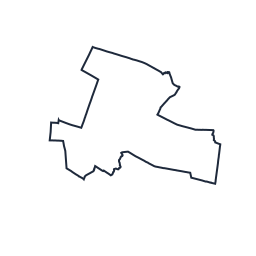 outline of Singureni, Giurgiu, Romania, rotated 244°
{"feature_id": "2599482B21174600796262", "entity_name": "Singureni", "entity_type": "district", "adm_level": 2, "iso_a3": "ROU", "parent_name": "Romania", "parent_adm1": "Giurgiu", "projection": "equal_earth", "projection_center": [25.934, 44.23], "detail": "fine", "context": "isolated", "style": "outline", "palette": "slate", "viewbox_px": 256, "rotation_deg": 244, "n_neighbors": 0, "source": "geoboundaries", "source_scale": "gbopen_adm2", "svg_char_len": 5399}
<svg xmlns="http://www.w3.org/2000/svg" viewBox="0 0 256 256"><g transform="rotate(244 128 128)"><path d="M88.4,203.8L88.7,203.7L91.9,197.7L92.8,195.9L93.8,194.1L93.8,193.8L94.6,192.3L95.0,191.5L95.2,191.1L95.8,190.0L96.3,189.0L96.8,188.0L96.9,187.8L97.1,187.6L99.7,184.8L100.5,183.9L101.3,182.9L101.7,182.5L103.9,179.9L104.2,179.6L104.5,179.2L106.3,177.1L106.8,176.6L108.3,174.9L109.2,173.9L109.4,173.7L109.5,173.6L112.3,171.4L112.6,171.2L117.5,167.5L117.9,167.1L120.9,164.9L123.7,162.8L124.9,161.9L125.7,161.3L126.2,160.9L127.1,160.3L127.5,160.9L128.1,161.7L128.2,161.9L128.5,162.4L128.8,162.6L129.1,163.0L130.5,164.6L131.0,165.3L131.4,165.7L132.2,166.3L132.6,167.6L132.9,168.2L133.8,170.4L134.3,171.5L134.5,172.2L134.9,173.2L135.2,173.8L135.5,174.8L136.4,176.7L136.7,177.6L137.3,179.1L137.3,179.5L137.3,180.3L137.3,181.6L137.3,183.5L137.4,184.6L137.6,185.1L138.3,186.0L138.6,186.8L138.8,187.2L139.4,187.7L139.7,188.3L140.5,189.6L140.7,190.1L141.0,190.7L141.3,191.3L141.6,191.6L142.0,192.0L142.3,192.3L142.6,192.2L143.1,191.8L143.1,191.1L143.3,190.9L144.4,190.1L144.9,189.8L145.3,189.4L145.7,189.1L146.4,188.6L146.7,188.4L147.5,188.2L148.0,188.0L148.5,187.8L150.3,188.1L153.1,188.6L154.6,188.9L156.5,189.0L159.6,189.3L159.8,189.5L160.0,189.5L160.2,189.4L160.4,189.2L160.5,188.8L160.9,188.2L160.7,187.9L160.4,187.9L160.1,187.8L159.9,187.6L160.0,187.4L160.3,187.1L161.4,186.5L161.5,186.3L161.6,186.1L161.5,185.8L161.1,185.5L161.0,185.3L161.2,185.1L161.5,184.9L161.6,184.7L161.6,184.4L161.5,184.2L161.3,183.9L160.9,183.2L160.9,182.9L163.9,182.1L164.7,181.5L166.1,180.6L168.2,179.1L175.5,174.0L176.8,173.1L177.0,173.0L179.1,171.3L181.2,169.4L182.6,167.9L185.0,165.4L185.5,164.8L186.9,163.2L187.2,162.7L187.7,162.2L187.9,162.0L188.1,161.9L188.4,161.5L190.1,159.9L191.4,158.5L192.1,157.8L195.4,154.1L199.2,150.1L200.4,148.8L201.4,147.7L202.1,147.1L203.9,145.0L204.5,144.3L206.2,142.4L207.5,141.1L211.6,136.9L212.4,135.8L212.7,135.5L214.2,133.8L215.9,132.1L216.0,132.0L216.1,131.9L216.3,131.8L216.1,131.4L215.4,130.7L212.7,127.3L210.9,125.1L204.1,116.2L200.8,111.9L200.5,111.7L197.5,113.8L191.4,118.0L191.1,118.2L187.5,120.6L184.6,122.5L180.5,118.4L177.0,114.8L173.2,110.9L172.7,110.4L172.4,110.0L170.8,108.5L168.3,106.0L166.4,104.0L161.4,99.0L158.9,96.6L158.3,95.9L157.5,95.1L156.5,94.2L156.2,93.8L155.4,93.0L154.4,92.1L153.3,91.0L150.8,88.3L149.7,87.2L148.7,86.1L151.1,83.5L154.2,80.0L154.7,79.4L157.0,77.0L159.0,75.1L159.4,74.7L165.3,69.2L165.5,69.2L162.9,67.4L164.1,65.8L166.2,61.9L166.6,61.3L158.3,56.7L151.2,52.2L148.6,57.3L147.9,58.5L147.3,59.7L145.8,62.4L145.1,63.5L144.8,64.0L141.9,63.2L139.9,62.6L137.3,62.1L134.9,61.6L118.7,55.1L114.1,58.1L113.0,58.6L109.1,60.9L108.4,61.4L106.8,62.4L106.5,62.6L106.1,62.6L105.9,62.7L105.7,63.0L105.3,63.3L103.5,64.6L103.3,64.8L102.5,65.2L101.7,65.7L101.3,65.8L101.5,66.0L102.7,67.4L103.0,67.5L103.4,68.0L103.5,68.3L103.6,68.7L103.8,69.3L103.9,69.8L104.0,72.0L104.1,74.3L104.2,75.5L104.3,78.0L105.9,79.5L105.7,79.6L108.2,81.8L107.1,82.5L106.2,83.0L102.2,85.4L101.2,86.0L100.6,86.4L100.2,86.8L100.1,87.0L100.3,87.3L100.4,87.5L100.2,87.7L99.6,88.0L97.0,89.5L95.6,90.4L93.0,91.8L93.1,92.6L93.2,92.8L93.2,93.1L93.1,93.5L93.7,94.2L94.1,94.7L94.4,94.9L94.6,95.1L94.8,95.2L94.9,95.4L94.9,95.5L94.9,95.8L94.9,96.0L95.0,96.1L95.2,96.3L95.7,96.7L96.0,97.0L96.5,97.2L96.9,97.2L97.0,97.3L97.2,97.5L97.0,98.4L97.0,98.9L96.8,99.4L96.6,99.5L96.3,99.8L96.0,100.1L95.8,100.3L95.5,100.6L95.2,100.9L95.2,101.0L95.1,101.3L95.3,101.5L95.4,101.8L95.8,102.3L95.9,102.5L96.0,102.7L96.0,102.8L95.9,103.1L95.8,103.3L95.8,103.6L95.9,103.8L96.1,104.1L96.3,104.3L96.6,104.4L97.0,104.4L97.5,104.4L98.0,104.3L98.3,104.6L99.1,104.8L99.5,104.9L100.2,105.2L101.4,105.2L101.6,105.2L103.0,105.8L103.3,106.1L103.4,106.4L103.4,106.5L103.4,106.8L103.5,107.0L103.9,107.4L104.0,107.6L104.2,107.8L104.4,108.0L104.6,108.2L104.9,108.5L105.0,108.7L105.1,108.8L105.2,109.1L105.2,109.3L105.4,109.6L105.5,109.7L105.5,109.8L105.3,109.9L105.3,110.1L105.3,110.4L105.5,110.8L105.6,111.0L105.9,111.2L106.3,111.3L106.9,111.2L108.6,111.0L108.7,111.5L108.7,112.1L107.9,114.5L106.8,117.5L106.7,117.7L105.9,118.2L104.7,119.0L101.2,121.2L100.1,121.9L99.3,122.4L97.1,124.1L93.1,127.0L91.5,128.2L90.0,129.1L89.8,129.2L89.4,129.6L89.1,129.8L88.9,130.0L88.4,130.5L87.5,131.0L87.0,131.3L86.6,131.6L86.2,131.9L85.4,132.5L85.0,132.8L83.5,133.9L83.1,134.2L83.0,134.3L82.5,134.6L81.9,135.1L81.7,135.4L81.1,136.0L80.2,137.3L78.8,139.1L78.0,140.2L77.7,140.6L77.3,141.1L76.5,142.1L76.0,143.0L75.0,144.4L70.8,150.1L70.6,150.4L70.4,150.6L69.7,151.7L69.1,152.5L68.9,152.7L68.9,152.8L68.4,153.4L65.6,157.3L63.5,160.1L62.4,161.7L62.2,161.9L60.5,164.3L55.6,163.1L53.4,165.7L48.2,171.8L47.9,172.1L46.1,174.0L45.9,174.3L45.6,174.6L45.4,175.2L45.4,175.3L44.6,176.1L44.1,176.7L43.7,177.1L43.5,177.3L42.8,178.3L42.7,178.2L39.7,181.9L41.6,183.3L43.3,184.3L43.5,184.5L44.8,185.3L45.8,186.0L47.9,187.4L56.9,193.4L57.4,193.7L57.9,194.0L59.5,195.0L61.4,196.3L62.1,196.8L64.1,198.0L64.6,198.4L68.0,200.6L69.9,201.8L71.3,202.7L71.8,203.1L72.9,203.8L73.8,202.9L76.7,200.2L76.8,200.1L77.0,200.2L77.5,200.4L77.9,200.4L78.0,200.4L78.5,200.3L78.7,200.2L79.4,199.8L80.4,200.4L80.7,200.6L81.1,200.7L82.2,201.1L82.7,201.4L83.3,201.5L83.6,201.5L83.8,201.6L84.0,201.5L84.2,201.4L84.9,200.9L85.0,200.8L85.3,201.0L85.6,201.3L86.2,202.2L86.3,202.5L86.6,202.7L87.1,203.1L87.5,203.4L88.0,203.7L88.4,203.8Z" fill="none" stroke="#1e293b" stroke-width="2"/></g></svg>